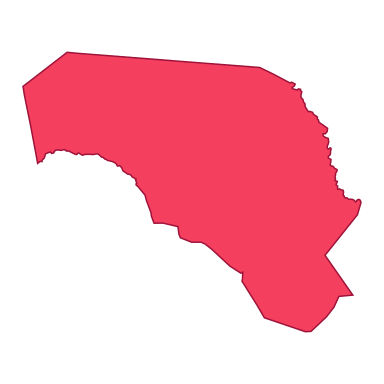 Santa María Yalina, Oaxaca, Mexico (Robinson projection)
{"feature_id": "50627088B95350580088580", "entity_name": "Santa María Yalina", "entity_type": "district", "adm_level": 2, "iso_a3": "MEX", "parent_name": "Mexico", "parent_adm1": "Oaxaca", "projection": "robinson", "projection_center": [-96.293, 17.264], "detail": "fine", "context": "isolated", "style": "filled", "palette": "rose", "viewbox_px": 384, "rotation_deg": 0, "n_neighbors": 0, "source": "geoboundaries", "source_scale": "gbopen_adm2", "svg_char_len": 2474}
<svg xmlns="http://www.w3.org/2000/svg" viewBox="0 0 384 384"><path d="M352.8,295.1L325.0,255.3L330.3,248.7L357.4,214.8L361.0,202.6L360.5,200.9L360.0,200.0L359.0,199.4L357.7,199.7L356.8,200.4L356.6,201.1L355.8,201.9L355.3,201.7L354.4,200.4L352.2,199.3L348.5,199.2L347.1,197.9L346.5,197.8L345.5,198.1L344.4,197.3L344.2,196.0L343.1,195.1L343.6,192.1L343.1,190.2L341.0,189.8L339.7,188.9L337.6,189.2L337.6,187.1L337.7,186.1L336.3,185.0L336.1,184.3L337.3,181.9L337.3,181.3L335.3,180.7L335.0,180.1L335.5,178.9L335.0,176.1L335.6,174.9L335.6,173.2L337.0,171.1L337.1,169.6L334.7,168.4L333.0,166.2L330.7,165.8L330.3,164.6L330.8,161.7L331.0,159.4L328.3,158.0L328.3,156.5L330.2,154.7L330.5,153.1L330.5,151.4L331.0,149.6L331.0,148.4L330.1,147.8L329.6,148.6L328.3,149.1L327.2,147.9L327.4,145.7L328.1,144.4L328.7,142.0L328.3,138.5L324.8,137.1L323.1,135.8L323.0,134.0L323.6,133.7L325.3,133.8L327.1,131.7L327.6,128.3L318.9,122.2L318.5,120.0L317.2,118.9L317.4,116.9L313.7,114.5L312.5,112.3L309.9,111.4L308.3,111.6L305.2,106.8L305.0,103.8L303.5,101.9L303.0,99.6L301.0,97.4L300.9,95.5L301.8,91.7L300.2,90.1L300.5,89.3L298.6,88.9L298.2,89.0L297.5,89.9L296.9,89.9L292.3,88.7L292.1,87.7L294.2,86.1L295.2,84.1L291.6,82.2L289.9,82.9L273.8,74.4L259.7,67.5L182.3,61.5L76.2,53.2L67.1,52.3L23.0,86.4L24.5,95.7L30.7,126.1L37.0,159.7L37.6,163.4L40.2,161.4L42.0,161.6L42.2,160.1L44.2,158.1L44.7,156.8L44.9,155.7L45.6,153.8L50.0,152.0L51.1,152.6L51.4,153.4L52.9,153.1L53.4,153.1L53.9,152.6L54.4,151.5L55.8,150.1L56.6,150.2L57.4,149.9L61.6,150.4L62.5,149.9L64.9,149.6L65.3,150.3L67.0,151.2L68.2,150.8L75.2,154.3L76.8,154.5L78.0,153.0L78.7,153.0L82.1,155.1L82.8,155.2L84.4,154.5L85.6,154.4L88.3,154.3L91.1,154.4L92.2,154.5L93.5,154.5L95.7,154.0L96.6,153.9L97.3,153.9L98.3,154.2L99.0,154.7L100.2,155.8L101.5,157.1L102.8,157.2L104.9,159.1L105.5,159.0L107.5,160.4L111.4,161.3L112.0,161.4L114.6,162.6L116.4,164.1L117.4,166.1L119.7,165.7L121.5,167.5L123.1,171.0L126.1,172.9L127.3,174.0L129.6,174.4L131.2,175.4L132.3,177.1L134.6,178.1L135.4,179.2L135.9,179.0L135.8,180.7L136.8,183.2L136.0,184.0L136.3,185.3L137.4,186.0L138.6,187.3L145.0,195.1L146.4,200.4L151.0,212.7L151.4,216.1L154.0,223.2L162.8,223.1L177.9,226.6L179.0,234.5L180.4,237.8L191.6,242.2L201.1,242.2L205.2,244.1L212.0,249.5L230.0,266.2L240.9,273.2L242.8,272.2L242.5,278.0L242.5,278.7L242.0,281.2L257.1,305.3L264.4,317.8L305.3,331.7L311.0,331.4L326.4,316.9L333.9,307.3L338.9,296.4L352.8,295.1Z" fill="#f43f5e" stroke="#9f1239" stroke-width="1.5"/></svg>